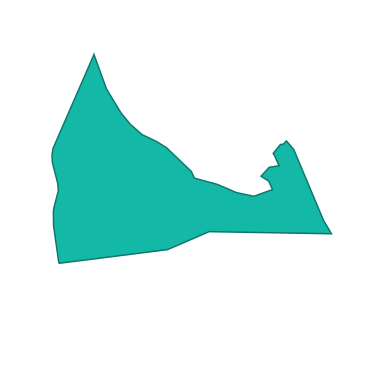 map outline of Dakar (Albers equal-area conic projection), rotated 196°
{"feature_id": "SEN-759", "entity_name": "Dakar", "entity_type": "Region", "adm_level": 1, "iso_a3": "SEN", "parent_name": "Senegal", "parent_adm1": "", "projection": "albers", "projection_center": [-17.3, 14.755], "detail": "fine", "context": "isolated", "style": "filled", "palette": "teal", "viewbox_px": 384, "rotation_deg": 196, "n_neighbors": 0, "source": "natural_earth", "source_scale": "10m", "svg_char_len": 659}
<svg xmlns="http://www.w3.org/2000/svg" viewBox="0 0 384 384"><g transform="rotate(196 192 192)"><path d="M324.1,297.1L302.7,267.6L282.1,248.5L269.8,240.0L255.8,233.4L240.2,230.8L228.6,227.5L198.2,211.5L193.6,206.0L169.9,206.3L149.3,203.7L131.4,204.9L115.3,216.5L121.3,223.6L130.0,226.2L124.6,237.0L115.3,241.4L117.7,243.7L122.1,249.1L124.6,251.5L120.1,262.1L117.7,262.8L115.3,267.1L105.9,260.9L57.7,200.9L46.4,190.3L164.6,158.6L199.6,129.9L299.9,86.9L300.8,87.9L315.7,121.2L319.8,134.6L320.4,138.6L320.8,156.1L323.2,162.8L334.4,182.0L336.7,188.7L337.6,195.6L324.2,296.6L324.1,297.0L324.1,297.1Z" fill="#14b8a6" stroke="#0f766e" stroke-width="1.5"/></g></svg>